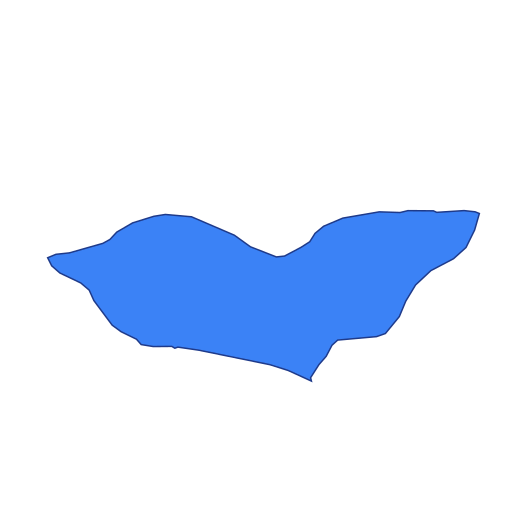 San Gaspar Ixchil, Huehuetenango, Guatemala (orthographic projection), rotated 113°
{"feature_id": "79465075B65859415879145", "entity_name": "San Gaspar Ixchil", "entity_type": "district", "adm_level": 2, "iso_a3": "GTM", "parent_name": "Guatemala", "parent_adm1": "Huehuetenango", "projection": "orthographic", "projection_center": [-91.718, 15.374], "detail": "fine", "context": "isolated", "style": "filled", "palette": "blue", "viewbox_px": 512, "rotation_deg": 113, "n_neighbors": 0, "source": "geoboundaries", "source_scale": "gbopen_adm2", "svg_char_len": 870}
<svg xmlns="http://www.w3.org/2000/svg" viewBox="0 0 512 512"><g transform="rotate(113 256 256)"><path d="M129.6,67.0L129.7,71.6L132.9,82.2L145.2,106.7L145.1,110.3L154.9,133.9L159.7,140.4L167.2,159.8L187.2,190.9L202.2,205.4L212.1,210.5L221.9,212.1L230.5,218.0L244.9,229.7L248.9,236.9L249.7,264.7L245.3,284.1L245.1,330.7L253.2,355.7L259.4,365.6L273.7,382.5L288.4,393.5L297.8,396.9L304.2,401.9L326.1,429.1L332.6,440.8L339.0,447.1L344.9,440.2L348.3,429.8L349.3,406.7L352.6,396.2L360.4,387.8L375.9,361.3L378.4,350.7L379.3,333.5L382.4,327.1L379.5,315.2L372.1,298.2L372.6,294.7L370.4,292.3L365.1,272.1L350.6,200.7L348.8,181.6L349.5,156.1L346.7,158.2L331.3,155.6L320.9,152.2L308.5,151.2L301.5,148.0L283.1,113.5L276.8,106.6L255.8,100.4L239.0,100.5L220.3,97.8L201.1,89.3L181.3,73.1L166.1,66.0L146.7,64.9L129.6,67.0Z" fill="#3b82f6" stroke="#1e3a8a" stroke-width="1.5"/></g></svg>